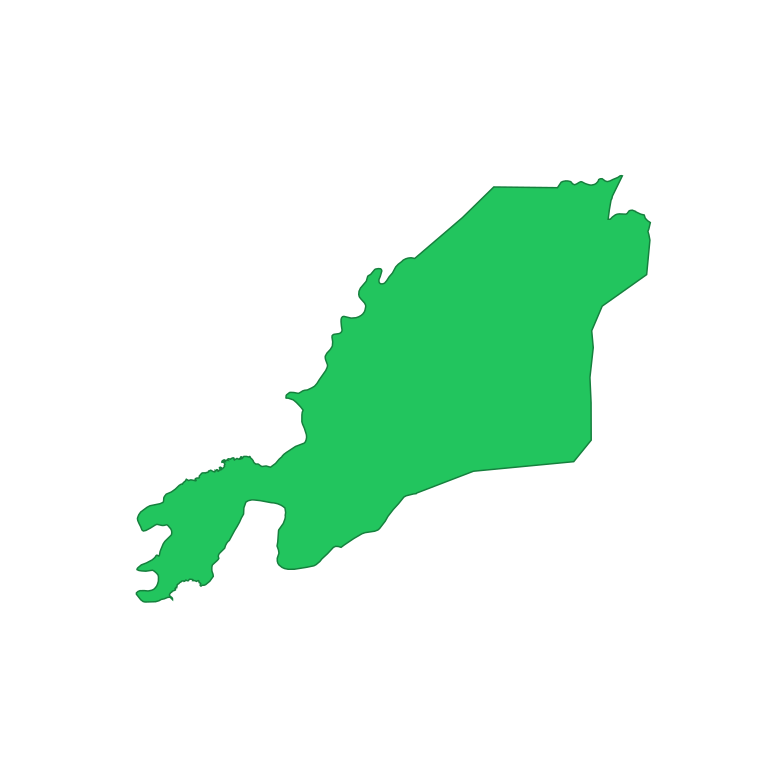 Mon Repos, Praslin, Saint Lucia (Mercator projection), rotated 159°
{"feature_id": "8701671B32794864311067", "entity_name": "Mon Repos", "entity_type": "district", "adm_level": 2, "iso_a3": "LCA", "parent_name": "Saint Lucia", "parent_adm1": "Praslin", "projection": "mercator", "projection_center": [-60.893, 13.858], "detail": "fine", "context": "isolated", "style": "filled", "palette": "green", "viewbox_px": 768, "rotation_deg": 159, "n_neighbors": 0, "source": "geoboundaries", "source_scale": "gbopen_adm2", "svg_char_len": 6135}
<svg xmlns="http://www.w3.org/2000/svg" viewBox="0 0 768 768"><g transform="rotate(159 384 384)"><path d="M86.9,492.9L87.8,493.5L89.1,493.7L91.4,493.1L93.2,493.0L97.1,492.9L100.3,492.6L102.9,492.9L104.6,494.1L106.8,497.5L108.7,498.1L110.3,497.9L111.6,496.4L114.1,495.2L116.0,494.9L118.9,495.3L120.5,496.0L122.9,497.8L124.5,499.2L126.7,501.7L127.6,502.3L129.2,502.3L132.7,501.7L134.7,501.7L136.3,503.4L136.9,505.5L137.4,506.2L139.5,507.6L141.6,508.5L144.3,509.0L146.3,508.9L151.7,505.1L210.9,528.6L251.2,511.2L310.3,490.2L313.2,492.0L314.4,492.4L316.3,492.9L318.8,493.1L321.6,492.8L323.7,491.9L327.8,490.7L331.1,489.1L336.3,484.6L340.8,482.2L344.6,479.4L347.4,477.9L349.5,478.0L351.2,478.7L352.0,479.9L352.0,481.4L351.3,483.3L349.0,485.7L345.6,490.2L345.4,491.0L345.5,492.1L346.1,492.9L348.0,493.8L350.6,494.3L351.6,494.2L357.2,491.1L359.8,490.7L360.6,490.4L363.7,486.3L371.6,482.0L374.1,479.5L375.5,476.6L375.8,474.3L375.2,472.0L373.2,466.8L372.9,464.2L373.4,462.7L375.3,459.7L376.6,458.3L378.8,456.9L380.8,456.2L383.5,455.8L386.4,455.9L391.1,457.3L397.2,461.5L398.6,461.7L400.0,460.9L400.9,459.7L401.8,457.5L403.0,453.3L403.8,449.5L404.3,448.6L405.5,447.6L406.9,447.2L408.0,447.2L412.9,448.3L413.7,448.3L415.1,447.7L415.8,446.3L416.8,441.7L418.7,437.8L421.7,435.5L426.2,433.3L428.9,431.0L429.5,429.4L429.8,427.7L429.9,422.1L430.4,420.9L431.1,419.9L433.5,417.5L443.0,411.1L446.4,408.5L449.7,406.8L452.6,406.3L457.6,405.9L460.5,406.6L462.3,406.7L466.6,405.9L467.6,406.1L471.1,408.3L474.0,409.6L475.2,409.9L478.8,408.8L479.4,408.4L480.5,406.2L480.4,405.9L478.5,405.1L474.4,401.7L472.4,398.1L470.1,392.6L468.9,388.6L470.4,387.0L471.7,384.6L474.2,378.2L474.4,375.6L474.2,371.2L474.6,364.7L474.9,363.4L475.5,361.7L476.9,359.5L478.7,357.8L479.8,357.4L489.0,357.4L499.6,355.1L502.7,354.2L504.8,353.2L505.3,352.7L508.8,351.4L513.7,348.7L519.8,347.0L523.4,349.7L527.5,350.7L528.5,351.8L530.0,354.2L531.3,354.9L532.3,355.0L533.6,357.3L533.7,359.5L534.2,361.2L534.9,362.4L535.2,364.3L535.6,364.5L536.2,364.1L538.2,365.6L540.8,366.6L542.7,365.5L542.8,366.8L543.6,367.3L544.2,366.8L544.1,366.1L543.8,365.7L544.3,365.3L544.7,365.3L545.3,366.2L545.6,366.2L545.9,365.6L546.4,365.6L547.9,367.2L550.9,366.7L551.1,367.3L550.6,368.4L550.9,368.9L551.7,369.2L553.4,369.2L554.2,368.8L555.9,369.9L557.0,369.8L557.4,369.1L557.2,368.7L558.8,369.5L559.4,369.4L559.8,368.3L560.9,369.4L560.8,369.7L560.1,370.0L560.4,370.5L562.4,370.3L563.4,369.3L563.3,368.9L562.0,368.8L561.5,367.6L561.3,366.0L562.3,365.3L562.4,364.2L565.0,362.8L566.4,364.9L567.5,365.0L567.7,364.6L567.5,363.7L566.8,363.1L566.3,363.1L566.5,362.4L568.0,362.4L568.6,362.7L569.6,361.9L570.1,361.9L570.3,362.1L570.1,363.1L570.4,363.7L570.8,363.9L571.6,363.3L572.6,364.0L572.9,363.0L573.5,362.6L575.0,363.6L576.5,365.5L577.1,365.7L577.9,365.3L578.5,365.6L579.1,365.5L580.0,364.6L581.8,365.1L582.5,364.8L583.2,365.3L585.1,366.0L586.2,366.0L589.5,364.2L589.8,363.0L590.5,362.6L592.6,363.3L593.4,363.3L594.4,362.9L594.5,362.3L594.0,361.7L594.0,361.3L594.4,361.1L598.0,363.4L599.0,363.8L601.0,363.9L602.7,365.9L604.1,364.7L606.7,363.8L608.2,362.7L608.7,363.1L609.7,363.1L611.6,362.7L616.6,360.6L621.3,359.4L626.8,359.2L629.3,357.7L630.4,356.6L631.8,353.6L632.7,352.7L635.9,352.5L646.1,354.2L649.5,353.8L657.0,351.7L659.8,349.8L661.2,348.3L662.3,347.0L662.6,345.9L662.8,344.7L662.7,341.6L662.3,338.1L662.3,334.7L662.0,333.9L661.3,333.0L658.8,332.6L653.8,333.2L648.2,334.3L646.3,334.4L641.8,331.4L640.0,330.8L637.4,330.5L636.5,329.5L635.0,325.2L634.9,323.3L635.3,321.5L636.2,319.8L637.0,319.1L645.0,315.6L647.4,313.9L651.5,309.6L653.1,307.8L655.0,304.7L655.9,304.1L657.3,305.6L658.2,305.5L660.1,304.1L663.4,302.9L669.9,302.1L675.4,302.1L678.9,300.9L680.1,300.4L681.0,299.6L681.1,299.2L679.6,297.7L677.1,296.3L673.4,294.6L666.8,293.1L665.5,291.5L664.1,288.8L663.4,286.6L663.7,284.7L665.3,280.8L667.2,278.3L668.7,276.8L669.9,276.1L671.5,275.2L672.9,274.8L674.8,274.7L678.4,275.3L681.8,277.0L685.9,278.5L688.0,278.5L690.0,277.7L690.5,276.5L688.4,269.7L686.8,267.2L685.2,266.1L675.2,262.6L671.7,262.3L669.2,262.7L666.0,262.2L662.3,262.3L660.7,261.8L660.0,261.4L658.7,258.5L658.4,259.2L658.5,260.5L660.0,263.1L659.7,264.4L658.0,265.6L656.7,265.8L655.9,266.4L653.0,266.4L652.4,266.6L652.4,267.9L651.5,268.4L651.3,268.1L650.5,268.1L650.4,269.0L649.9,269.1L649.0,270.7L648.4,271.0L647.4,271.0L645.6,271.9L644.6,271.9L643.5,272.4L642.4,272.3L641.4,271.8L641.4,271.4L640.4,271.4L639.2,272.0L638.4,271.0L637.4,270.5L636.9,270.5L636.2,271.2L635.5,271.4L634.6,271.1L632.7,270.0L632.5,269.5L633.0,269.0L630.9,268.1L629.8,266.9L628.0,267.1L627.5,266.6L627.7,264.7L626.9,264.1L626.6,263.4L627.5,262.5L627.8,261.7L627.4,261.0L627.0,260.9L626.1,261.3L624.0,260.6L622.4,260.6L617.3,262.3L612.3,265.6L611.8,267.7L611.7,270.9L611.3,272.3L610.4,274.6L609.4,276.2L608.8,276.7L602.9,279.0L601.4,279.8L600.7,280.4L600.5,282.5L599.6,283.9L598.2,284.9L591.6,287.8L589.7,290.2L587.7,291.9L586.0,292.9L584.5,293.4L576.0,300.7L572.1,303.7L568.4,306.8L565.2,310.0L561.7,312.9L559.2,318.6L555.3,323.2L552.6,323.7L548.9,323.2L547.0,322.4L541.2,319.4L531.8,313.6L529.3,312.4L526.2,310.3L523.5,307.7L522.1,305.8L520.9,303.7L521.9,299.2L523.3,296.8L523.7,295.3L524.9,293.4L528.0,289.9L534.6,285.5L535.0,284.9L539.8,274.6L541.9,271.1L542.0,266.9L542.7,263.7L546.1,259.6L547.1,256.9L547.3,254.7L546.9,252.7L544.9,249.3L542.9,247.3L539.9,245.4L534.1,243.2L521.9,240.6L514.6,239.4L512.1,239.7L507.5,241.3L504.6,243.0L497.6,245.8L489.8,249.6L487.4,249.8L484.9,248.7L482.6,246.9L478.7,248.0L467.4,250.6L458.2,252.1L454.9,252.0L445.4,249.9L442.0,249.9L440.0,250.6L432.0,255.5L427.8,259.0L420.2,263.6L413.2,267.1L406.0,271.3L403.4,271.7L395.9,270.8L393.2,270.1L392.4,270.5L331.7,270.5L234.7,243.5L210.7,257.3L197.4,292.3L189.4,316.3L175.6,343.0L171.0,359.3L152.4,378.5L99.6,392.0L84.2,423.0L83.2,428.5L82.9,431.9L81.2,433.8L77.5,439.3L79.4,442.0L80.7,445.2L80.5,448.5L83.5,450.6L87.4,454.7L87.3,455.0L89.9,457.3L91.9,457.8L93.1,457.8L96.0,456.0L97.4,455.9L103.4,458.5L105.5,459.0L107.4,459.0L111.1,458.0L113.7,456.7L115.7,457.5L111.1,466.0L106.2,474.2L104.7,475.6L103.4,477.6L86.9,492.9Z" fill="#22c55e" stroke="#15803d" stroke-width="1.5"/></g></svg>